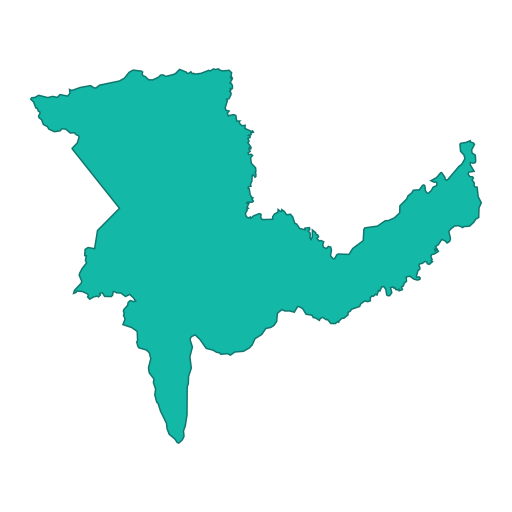 Nova Xavantina, Mato Grosso, Brazil
{"feature_id": "56859067B60221842675231", "entity_name": "Nova Xavantina", "entity_type": "district", "adm_level": 2, "iso_a3": "BRA", "parent_name": "Brazil", "parent_adm1": "Mato Grosso", "projection": "mercator", "projection_center": [-52.318, -14.678], "detail": "fine", "context": "isolated", "style": "filled", "palette": "teal", "viewbox_px": 512, "rotation_deg": 0, "n_neighbors": 0, "source": "geoboundaries", "source_scale": "gbopen_adm2", "svg_char_len": 5995}
<svg xmlns="http://www.w3.org/2000/svg" viewBox="0 0 512 512"><path d="M31.6,97.8L30.7,99.2L33.5,101.9L35.9,108.0L37.1,108.0L38.5,111.4L39.7,111.8L40.1,113.1L38.5,116.3L39.1,117.8L41.6,119.7L43.4,124.5L47.5,126.6L48.8,129.1L54.4,131.7L60.2,130.8L62.1,128.6L65.8,129.2L70.3,133.0L74.5,132.7L75.9,134.5L78.6,135.8L79.1,137.1L77.3,142.9L72.1,148.4L72.7,149.5L119.5,208.3L97.5,230.5L94.6,248.7L88.1,247.5L85.1,249.4L84.7,255.6L86.3,255.8L85.4,260.4L86.6,262.9L82.2,268.4L79.7,273.2L79.2,275.2L81.7,281.1L81.2,283.2L74.5,290.3L73.6,293.4L76.1,292.4L76.9,291.0L82.7,291.6L87.8,294.1L88.3,295.8L87.6,296.9L89.7,299.2L93.7,296.9L97.1,296.1L98.5,296.9L100.5,294.8L99.7,293.4L101.1,292.9L102.4,292.8L104.6,296.4L111.2,296.6L112.6,295.2L113.1,291.8L114.3,291.5L116.6,292.8L120.9,293.0L125.5,296.5L129.7,294.4L133.3,297.7L135.7,301.1L133.2,301.6L130.3,300.5L128.1,302.5L127.6,305.4L123.8,309.6L123.4,311.2L124.2,313.4L123.5,315.4L125.1,318.9L122.9,324.6L131.6,327.5L137.2,331.4L137.6,340.7L136.7,341.9L137.8,346.1L138.9,347.8L146.3,350.0L149.3,352.7L150.8,358.7L148.5,367.5L148.8,370.2L149.3,373.0L153.9,378.9L153.4,382.7L155.6,389.0L154.8,394.8L156.7,402.1L158.1,403.5L160.5,411.1L166.5,423.3L167.1,428.7L169.2,434.3L175.0,439.1L177.2,442.5L178.7,443.1L182.2,440.0L184.0,436.5L183.5,430.9L185.3,425.8L187.0,414.7L187.2,386.7L188.3,383.9L188.6,376.2L191.3,368.1L189.9,356.8L192.4,347.0L190.2,340.1L190.3,338.3L191.6,336.5L195.2,334.9L200.0,339.5L206.2,348.4L212.9,350.1L216.6,352.3L219.6,352.8L220.6,354.2L227.8,353.7L230.3,355.2L234.8,352.0L243.5,351.3L249.4,347.9L252.2,344.9L255.0,338.7L261.8,334.4L265.9,328.4L270.6,327.5L273.9,325.5L276.7,321.4L277.4,313.3L281.9,309.6L285.0,311.0L289.3,310.9L294.3,312.2L297.7,306.5L299.3,306.8L302.6,308.5L306.1,314.3L311.8,315.1L313.4,317.7L315.2,317.7L319.4,320.4L320.1,318.7L322.7,317.3L326.2,319.7L327.6,319.6L330.9,323.5L335.3,323.6L337.8,321.6L338.7,322.2L339.2,320.8L342.1,318.2L343.8,318.3L348.0,314.9L348.1,312.3L350.2,311.3L351.6,309.2L359.6,306.5L360.8,303.8L364.8,300.9L367.7,301.7L370.4,300.8L370.3,297.7L372.2,295.8L373.2,296.4L375.6,294.3L377.0,295.0L378.6,290.4L379.9,291.1L381.7,286.9L383.8,286.6L385.8,289.4L386.7,294.9L388.2,295.8L389.7,295.6L391.8,292.7L390.5,287.7L393.1,286.9L394.1,288.3L395.4,288.0L395.7,289.5L397.8,290.0L398.8,289.2L399.2,290.8L402.4,289.6L401.5,286.8L403.5,285.9L404.0,283.5L406.5,281.3L406.2,277.0L409.8,276.2L413.9,279.1L417.4,280.1L419.8,279.4L420.2,278.1L419.2,276.9L416.9,277.2L416.4,276.1L418.0,270.5L419.7,269.5L419.9,267.8L418.9,265.4L419.8,263.8L422.3,263.4L425.0,261.4L426.8,262.1L427.3,263.7L429.3,264.4L432.5,261.6L431.2,260.7L432.1,259.6L430.9,256.4L431.5,254.7L434.5,253.9L438.4,251.4L435.5,246.5L438.2,244.8L441.8,239.4L445.1,240.9L447.1,243.0L449.6,241.4L450.5,238.6L448.8,231.5L450.5,229.3L454.5,226.0L459.0,225.7L462.7,227.6L463.8,226.6L469.4,226.2L473.7,222.4L475.8,219.1L478.7,217.5L479.0,207.8L481.3,202.8L478.2,196.7L477.1,187.1L475.0,186.9L474.0,185.7L474.3,183.0L472.1,180.0L473.4,178.1L472.7,176.9L469.6,176.5L468.1,173.8L468.7,172.2L474.1,171.3L470.3,164.8L470.4,162.5L473.3,163.2L475.2,162.6L475.7,161.1L475.3,155.1L472.1,153.0L471.6,150.0L474.5,144.4L473.5,143.0L470.2,141.8L470.2,140.7L465.7,142.5L460.7,143.3L459.9,144.2L460.6,151.4L464.1,155.2L464.9,158.8L461.6,164.5L459.2,166.1L448.2,179.1L446.9,180.2L445.2,179.5L444.9,177.3L441.7,172.7L440.7,172.7L436.7,177.5L430.9,180.7L434.1,182.2L435.8,181.9L436.8,182.6L436.9,184.4L436.5,185.7L433.1,187.2L431.3,190.6L428.3,193.2L427.2,193.2L425.5,190.9L424.8,185.7L423.8,184.9L422.5,185.4L419.3,189.8L413.3,190.2L411.6,193.1L408.1,195.7L406.7,199.0L399.9,205.8L399.7,212.9L394.3,217.9L388.4,220.6L385.3,220.7L377.5,226.1L364.8,227.9L363.9,229.3L363.2,240.7L352.7,248.5L349.0,254.4L338.1,254.0L336.8,254.8L334.5,258.8L332.9,258.5L330.5,255.8L331.5,250.1L330.7,247.1L328.4,246.4L326.4,248.5L323.6,247.4L322.7,245.0L323.7,241.8L321.3,240.6L318.9,240.7L316.9,238.2L318.6,236.8L317.7,234.9L316.2,234.5L315.6,232.6L312.4,230.0L312.3,237.1L310.9,239.6L310.1,238.2L310.2,233.2L308.2,231.0L309.8,229.5L309.4,227.6L304.9,228.2L305.2,229.8L299.7,228.5L296.7,224.1L294.8,223.3L292.8,217.1L290.6,214.3L286.5,214.7L284.4,211.5L281.8,209.6L281.7,210.9L280.6,211.5L278.1,209.5L277.9,212.2L274.5,214.0L272.7,216.7L272.5,219.3L262.1,219.6L260.7,217.2L261.1,214.4L259.3,213.6L253.5,215.9L251.0,218.2L250.4,217.0L248.8,217.9L247.4,217.5L246.0,216.0L245.4,213.3L247.1,210.6L246.6,209.5L248.3,208.3L246.9,207.6L248.8,203.6L246.7,203.1L247.3,202.2L252.3,202.2L253.4,201.1L251.9,199.1L253.0,197.9L251.5,197.1L250.1,194.5L249.3,188.9L248.1,188.1L248.4,186.8L251.0,186.3L250.5,184.4L251.9,181.0L252.2,175.1L253.3,174.9L255.0,177.2L255.9,176.4L255.8,173.3L255.0,172.4L255.9,171.4L255.6,167.8L251.3,163.3L250.6,157.7L252.6,155.4L251.1,154.3L248.8,154.6L248.0,153.0L250.1,151.4L248.8,149.1L249.7,147.5L250.7,148.8L251.1,147.5L247.8,142.6L249.1,141.4L247.9,138.3L250.0,137.6L250.1,136.2L248.6,135.4L251.0,134.7L251.1,132.9L253.4,132.2L252.6,130.9L251.5,131.5L244.9,128.4L245.2,125.3L242.2,125.7L240.3,124.4L239.0,121.8L239.8,121.0L236.7,121.0L235.8,115.4L233.4,114.6L228.1,115.8L227.4,113.0L229.1,111.1L225.9,110.2L225.2,107.9L227.4,100.5L226.6,99.3L229.0,98.7L230.9,94.9L231.1,93.1L229.6,91.3L230.7,90.7L230.3,88.5L231.8,89.0L232.5,88.1L232.4,85.3L231.1,83.3L230.0,83.0L232.3,78.9L231.1,78.6L230.6,77.4L231.9,77.4L231.1,76.0L231.6,72.7L229.1,70.3L223.1,70.9L219.8,70.2L218.6,68.9L215.3,69.5L213.5,68.9L210.2,71.0L208.9,70.3L200.8,73.4L195.0,74.1L193.5,73.3L192.2,73.8L190.9,71.8L188.9,73.3L187.1,73.3L186.1,72.0L179.5,69.4L175.8,73.3L173.4,74.5L165.7,76.4L163.1,74.9L160.6,75.1L158.5,77.2L152.7,79.9L148.6,79.8L145.5,76.7L142.9,75.6L142.2,74.4L142.6,72.0L141.3,71.1L133.1,70.1L129.1,72.3L124.5,78.1L119.4,81.0L99.7,85.1L95.9,88.0L93.8,87.8L90.6,85.6L80.2,87.5L71.8,90.5L69.5,89.5L70.0,93.2L67.7,96.1L60.0,94.6L57.3,97.4L52.7,96.4L47.7,97.6L38.7,95.3L35.0,97.4L31.6,97.8ZM436.6,249.2L435.3,250.8L434.7,249.2L436.6,249.2Z" fill="#14b8a6" stroke="#0f766e" stroke-width="1.5"/></svg>